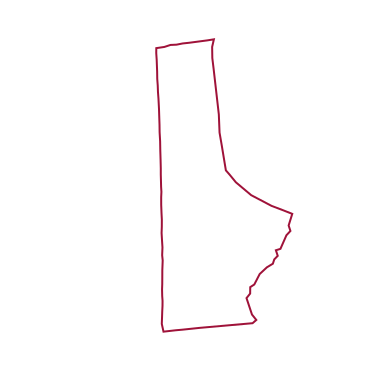 Capão da Canoa, Rio Grande do Sul, Brazil, rotated 153°
{"feature_id": "56859067B90274299514744", "entity_name": "Capão da Canoa", "entity_type": "district", "adm_level": 2, "iso_a3": "BRA", "parent_name": "Brazil", "parent_adm1": "Rio Grande do Sul", "projection": "robinson", "projection_center": [-49.997, -29.689], "detail": "fine", "context": "isolated", "style": "outline", "palette": "rose", "viewbox_px": 384, "rotation_deg": 153, "n_neighbors": 0, "source": "geoboundaries", "source_scale": "gbopen_adm2", "svg_char_len": 1142}
<svg xmlns="http://www.w3.org/2000/svg" viewBox="0 0 384 384"><g transform="rotate(153 192 192)"><path d="M280.8,80.5L269.3,76.2L263.1,73.7L246.7,67.4L197.6,47.6L192.8,48.8L194.2,55.6L191.6,72.7L186.3,75.1L183.3,80.8L178.5,81.3L168.9,88.2L159.4,90.9L152.5,91.4L149.3,94.6L144.6,96.2L143.7,102.0L139.0,101.2L127.5,110.6L122.0,112.6L121.1,118.3L112.6,127.0L119.5,134.8L127.4,143.5L140.7,162.3L148.5,180.7L150.6,190.3L152.0,195.9L144.4,219.8L140.5,232.4L132.9,248.9L116.8,292.0L113.1,302.1L108.2,312.1L103.2,318.1L109.4,320.1L126.9,326.3L132.9,328.6L138.9,330.3L144.4,332.8L150.8,333.8L158.5,336.4L160.8,332.0L163.5,325.7L166.1,320.1L168.4,315.1L171.6,308.6L174.2,302.4L176.9,296.6L179.5,290.4L183.6,281.2L186.8,274.4L190.5,266.5L193.7,260.0L197.4,251.6L201.4,243.4L205.5,234.7L209.1,227.2L211.9,221.7L214.7,215.8L217.2,210.6L219.2,206.0L221.8,201.4L225.3,194.5L228.9,186.7L231.4,181.1L234.7,174.7L237.7,169.3L240.2,163.6L243.5,156.0L247.3,149.2L249.2,144.3L253.9,135.9L257.5,128.9L260.3,123.5L262.9,118.8L265.8,112.8L267.7,108.3L270.0,103.9L272.8,99.0L275.5,94.1L278.8,88.2L280.8,80.5Z" fill="none" stroke="#9f1239" stroke-width="2"/></g></svg>